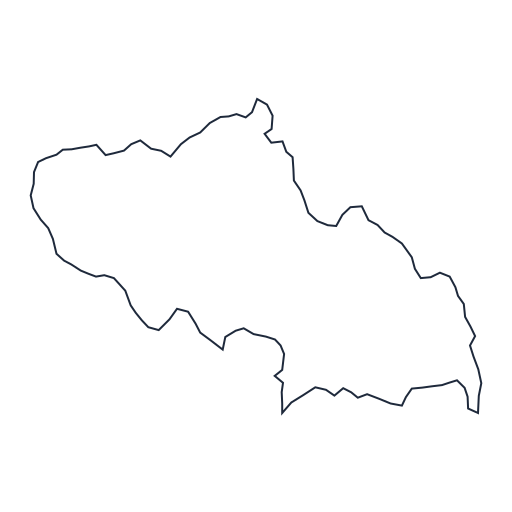 the district of Juatuba, Minas Gerais, Brazil
{"feature_id": "56859067B43711493221364", "entity_name": "Juatuba", "entity_type": "district", "adm_level": 2, "iso_a3": "BRA", "parent_name": "Brazil", "parent_adm1": "Minas Gerais", "projection": "natural_earth1", "projection_center": [-44.35, -19.955], "detail": "fine", "context": "isolated", "style": "outline", "palette": "slate", "viewbox_px": 512, "rotation_deg": 0, "n_neighbors": 0, "source": "geoboundaries", "source_scale": "gbopen_adm2", "svg_char_len": 1701}
<svg xmlns="http://www.w3.org/2000/svg" viewBox="0 0 512 512"><path d="M361.8,206.3L350.4,207.2L342.4,214.8L336.2,226.0L327.7,225.2L317.4,221.1L308.4,212.8L304.4,200.3L300.6,190.4L293.9,180.6L293.4,169.0L292.6,157.2L286.3,151.8L282.5,141.4L271.3,142.7L264.6,133.8L271.6,129.0L272.6,115.7L267.0,104.6L257.1,99.0L252.0,112.2L245.7,117.4L236.5,114.1L228.7,116.4L220.5,117.0L209.8,123.0L200.2,132.5L189.6,137.5L180.9,144.2L170.5,156.6L161.2,150.8L151.1,148.7L140.3,140.4L131.2,144.2L124.0,150.6L113.6,153.3L105.6,155.1L96.4,144.8L89.1,146.4L80.5,147.7L71.6,149.3L62.8,149.7L56.5,154.7L46.0,158.2L38.1,162.0L34.0,172.1L33.7,183.8L30.7,195.4L33.5,208.2L40.7,219.6L48.2,228.1L52.9,238.9L56.5,253.8L64.2,260.7L71.2,264.4L80.8,270.6L88.3,273.7L96.0,276.6L104.3,275.2L113.9,278.1L125.3,290.7L130.7,305.4L135.8,312.9L141.9,320.4L148.3,327.2L158.7,330.1L169.5,319.3L177.0,308.8L188.1,311.7L195.6,323.7L200.2,332.6L209.8,339.7L222.7,349.6L225.3,337.0L235.7,330.7L243.7,328.3L253.6,334.1L265.9,336.6L275.0,339.5L280.6,345.5L284.1,354.0L282.2,369.9L274.7,375.9L283.0,382.8L281.7,392.1L282.2,403.5L282.2,413.0L291.3,402.5L303.1,395.2L315.3,387.3L326.0,389.8L334.4,395.6L343.2,388.2L351.2,392.3L357.8,397.7L367.1,394.2L378.9,398.7L390.6,403.5L401.9,405.6L405.9,397.1L411.8,388.6L422.4,387.6L431.9,386.3L442.0,385.1L449.5,382.6L457.0,380.3L464.6,387.8L467.6,396.7L468.1,408.5L478.0,413.0L478.8,395.8L481.3,383.2L478.3,369.3L473.5,356.5L470.0,345.5L475.1,336.1L470.5,326.6L465.1,316.9L463.8,304.0L458.0,295.9L455.4,287.2L449.7,276.6L439.9,272.7L430.7,277.2L420.8,278.1L414.9,268.8L411.8,257.3L401.9,243.5L392.7,237.0L384.6,232.5L377.6,225.0L368.5,220.2L361.8,206.3Z" fill="none" stroke="#1e293b" stroke-width="2"/></svg>